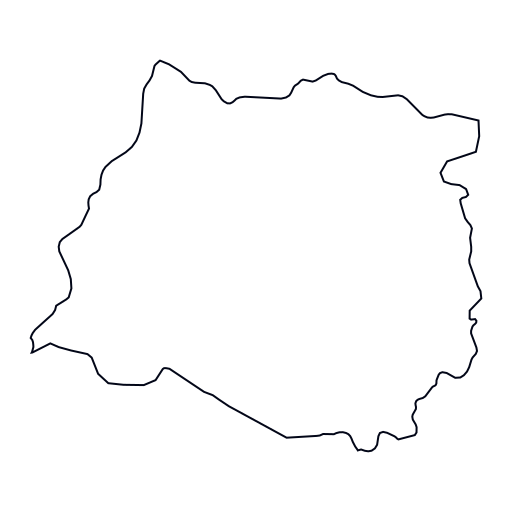 an SVG outline of Maule
{"feature_id": "CHL-2705", "entity_name": "Maule", "entity_type": "Region", "adm_level": 1, "iso_a3": "CHL", "parent_name": "Chile", "parent_adm1": "", "projection": "mercator", "projection_center": [-71.352, -35.623], "detail": "fine", "context": "isolated", "style": "outline", "palette": "ink", "viewbox_px": 512, "rotation_deg": 0, "n_neighbors": 0, "source": "natural_earth", "source_scale": "10m", "svg_char_len": 2867}
<svg xmlns="http://www.w3.org/2000/svg" viewBox="0 0 512 512"><path d="M478.5,120.5L479.2,136.2L475.9,151.8L447.1,161.4L440.5,172.8L443.9,181.5L451.2,184.1L459.6,185.1L466.1,189.1L468.2,194.8L465.9,197.0L462.3,197.9L460.2,199.8L460.7,203.3L465.1,218.3L467.7,222.0L470.4,225.1L471.9,228.5L470.1,237.8L471.2,246.9L471.2,251.4L469.2,259.6L469.5,263.2L477.8,286.3L480.5,291.2L481.3,298.5L469.7,310.6L469.6,318.6L471.1,319.6L475.1,319.1L476.4,320.8L476.2,322.6L475.0,324.0L473.5,325.2L472.5,326.5L471.1,330.8L471.1,333.4L476.4,347.5L477.0,351.0L475.8,353.9L472.6,357.5L471.5,359.6L469.2,367.1L467.8,370.0L467.0,371.6L463.9,375.2L460.3,377.5L455.2,377.8L446.7,373.0L442.4,372.2L440.0,373.1L438.7,374.7L436.9,379.2L436.5,380.4L436.4,383.4L435.8,384.9L435.0,385.6L432.9,386.6L432.1,387.3L425.3,396.3L422.8,398.0L419.3,399.0L417.6,399.8L416.2,401.1L415.4,403.3L415.6,405.2L416.0,407.0L415.9,409.0L412.7,414.7L412.3,416.7L412.8,419.6L415.7,424.5L416.6,427.2L416.5,432.5L414.8,435.1L398.4,439.4L397.1,438.6L396.0,437.4L394.5,436.3L387.1,432.8L383.1,431.9L379.9,433.0L378.4,436.2L377.1,444.8L374.9,448.4L371.6,450.7L368.3,451.3L364.9,450.8L361.1,449.5L357.8,450.4L357.6,449.9L355.2,446.5L352.8,441.9L351.5,438.6L350.2,436.1L348.4,434.2L346.1,433.0L342.9,432.2L339.4,432.3L336.3,433.1L333.9,434.2L323.1,434.0L319.8,435.5L316.8,435.9L286.6,437.7L228.8,406.2L218.7,399.4L212.8,395.2L204.1,391.9L169.5,368.8L166.4,368.2L165.0,368.1L164.0,368.2L162.8,369.0L155.6,380.1L143.8,385.1L123.6,384.8L108.3,383.2L98.1,373.8L91.7,357.6L87.5,354.1L71.1,350.5L58.7,347.1L50.3,343.4L32.4,352.5L31.7,352.6L32.1,351.8L33.4,347.0L33.3,344.9L33.0,342.2L32.3,340.0L30.7,338.0L31.5,335.5L32.7,333.1L35.2,329.7L52.6,314.0L55.1,310.0L56.2,305.7L66.3,299.4L68.7,297.4L71.4,288.4L70.8,279.1L68.2,270.3L59.3,251.4L58.7,246.7L59.8,242.1L62.4,239.0L79.6,226.8L81.3,224.9L85.8,215.3L89.0,208.6L88.5,205.5L88.3,202.4L88.7,199.3L90.2,196.2L93.2,193.7L96.5,192.1L99.2,189.7L100.4,184.6L100.6,179.4L101.5,174.7L103.1,170.5L105.5,166.9L111.8,161.1L125.7,152.3L131.9,146.9L136.4,140.5L139.5,132.6L141.4,123.5L143.2,93.7L144.2,88.6L146.6,84.4L149.5,80.5L152.0,76.0L154.5,65.9L155.5,64.6L159.8,60.7L160.2,60.7L169.0,64.3L181.0,71.9L189.4,80.7L191.7,82.0L195.1,82.7L205.0,83.3L209.8,84.9L212.3,86.3L215.8,90.2L221.6,99.2L223.8,101.3L227.3,103.3L230.1,103.4L232.6,102.2L234.6,100.5L236.3,98.8L239.7,97.4L244.9,96.7L281.1,98.6L286.0,97.5L289.4,95.4L291.1,92.8L293.7,87.2L295.0,85.6L296.9,84.4L298.2,83.5L300.8,80.7L303.0,79.6L312.6,81.6L315.8,80.5L323.2,75.8L328.2,73.9L331.5,73.6L333.9,74.0L334.9,74.7L335.8,75.9L337.0,78.6L338.8,80.4L341.8,82.1L348.2,83.7L353.1,85.7L362.8,91.9L370.9,95.3L377.6,96.8L382.6,97.0L398.1,95.3L402.5,96.3L406.8,99.2L421.8,114.4L422.6,115.1L424.4,116.2L427.5,117.5L430.7,117.8L433.8,117.5L444.6,114.6L447.9,114.2L451.9,114.3L478.5,120.5Z" fill="none" stroke="#020617" stroke-width="2"/></svg>